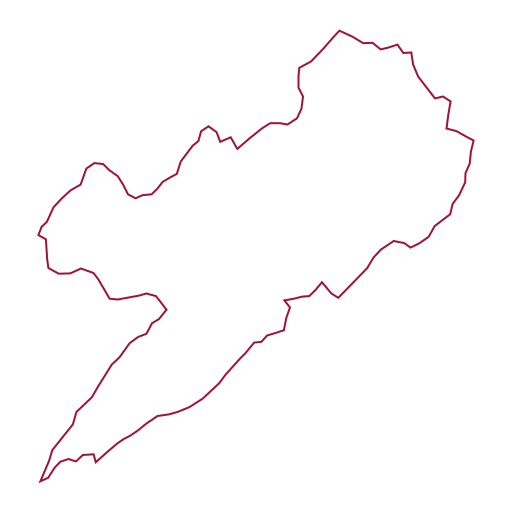 outline of Bom Sucesso de Itararé, São Paulo, Brazil
{"feature_id": "56859067B48651649714430", "entity_name": "Bom Sucesso de Itararé", "entity_type": "district", "adm_level": 2, "iso_a3": "BRA", "parent_name": "Brazil", "parent_adm1": "São Paulo", "projection": "robinson", "projection_center": [-49.173, -24.325], "detail": "fine", "context": "isolated", "style": "outline", "palette": "rose", "viewbox_px": 512, "rotation_deg": 0, "n_neighbors": 0, "source": "geoboundaries", "source_scale": "gbopen_adm2", "svg_char_len": 1861}
<svg xmlns="http://www.w3.org/2000/svg" viewBox="0 0 512 512"><path d="M397.5,44.6L387.9,47.7L380.6,49.4L372.6,42.8L363.2,43.2L352.3,36.6L339.4,30.7L333.4,37.1L323.3,48.7L311.0,61.5L299.3,67.8L298.5,76.2L298.5,87.7L303.0,96.5L301.5,108.6L297.0,118.3L287.5,124.5L280.2,123.2L270.2,123.2L262.5,128.0L249.5,138.4L237.3,148.9L230.7,137.3L220.2,141.8L216.6,132.2L208.5,126.3L201.1,131.3L198.4,141.0L192.6,145.8L180.8,161.4L176.8,173.9L170.4,177.3L162.7,181.8L157.4,188.6L151.6,194.3L142.4,195.2L135.6,198.3L128.0,194.3L123.0,184.4L117.7,176.1L109.3,170.2L103.1,164.0L94.3,163.1L86.4,168.5L80.6,184.6L70.6,190.3L61.4,198.8L53.5,207.3L46.9,221.8L41.6,226.8L38.4,235.1L45.9,239.3L47.2,259.5L48.4,268.0L58.7,273.7L70.3,273.4L80.9,268.5L93.5,273.0L98.5,279.6L109.6,298.7L117.7,299.5L139.0,295.6L146.3,293.5L156.0,296.1L166.5,309.7L158.9,319.1L152.1,323.1L146.4,333.8L138.2,336.9L129.6,343.2L119.5,357.3L111.9,364.4L98.2,386.3L91.8,397.3L76.4,412.0L72.9,424.3L52.3,450.1L49.2,460.5L40.4,481.3L48.1,477.8L54.7,467.6L60.4,461.7L68.4,459.0L76.0,461.4L82.8,455.0L93.6,454.3L95.8,462.2L106.2,452.9L117.2,443.5L123.8,439.0L130.7,435.4L138.2,430.2L146.3,423.6L157.5,416.0L169.4,414.3L177.7,411.9L189.2,407.2L202.6,398.7L219.3,383.1L225.5,374.7L240.0,358.6L245.6,353.0L254.1,342.6L261.4,341.8L267.1,335.5L274.4,333.3L283.9,330.2L286.3,317.9L290.0,307.5L284.4,300.4L293.9,298.7L302.2,296.6L309.2,296.1L315.7,289.8L321.9,282.2L331.4,293.5L338.3,297.8L353.5,282.2L367.3,268.0L373.5,257.5L381.0,249.5L393.7,241.0L404.3,243.1L410.5,247.6L419.3,243.3L428.6,236.9L434.7,226.0L443.0,219.7L450.2,214.2L452.6,204.0L459.1,195.2L465.2,182.3L465.5,173.0L469.7,163.7L470.9,151.7L473.6,140.5L466.0,136.5L456.4,131.1L446.5,128.5L448.4,114.0L450.6,101.5L443.0,96.5L435.0,98.4L426.7,87.7L418.2,76.6L413.1,64.5L411.3,52.5L403.3,53.0L397.5,44.6Z" fill="none" stroke="#9f1239" stroke-width="2"/></svg>